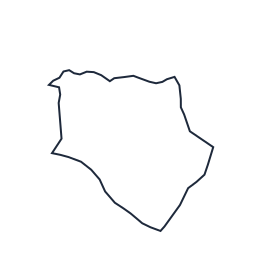 Fitri, Batha, Chad, rotated 126°
{"feature_id": "50815135B60006364885554", "entity_name": "Fitri", "entity_type": "district", "adm_level": 2, "iso_a3": "TCD", "parent_name": "Chad", "parent_adm1": "Batha", "projection": "orthographic", "projection_center": [17.521, 12.811], "detail": "fine", "context": "isolated", "style": "outline", "palette": "slate", "viewbox_px": 256, "rotation_deg": 126, "n_neighbors": 0, "source": "geoboundaries", "source_scale": "gbopen_adm2", "svg_char_len": 745}
<svg xmlns="http://www.w3.org/2000/svg" viewBox="0 0 256 256"><g transform="rotate(126 128 128)"><path d="M93.4,47.8L94.3,76.0L84.1,90.5L80.2,97.4L73.4,102.4L63.3,111.5L59.3,120.4L65.7,125.2L70.5,127.3L75.3,131.6L78.0,137.9L81.5,150.2L82.6,154.3L89.1,161.1L95.8,168.4L100.8,170.2L101.0,180.7L102.9,188.5L106.7,194.5L112.9,198.4L115.4,203.8L115.8,209.6L120.2,213.4L120.4,213.4L127.6,213.0L133.7,216.3L139.6,217.3L135.6,207.7L140.8,202.5L148.5,198.8L175.7,175.5L193.0,174.7L189.5,167.0L186.5,159.1L182.9,146.2L183.4,133.2L186.3,120.7L192.8,109.2L196.2,94.7L195.7,84.4L195.6,75.6L196.7,60.5L195.1,51.5L192.2,41.2L186.3,40.6L159.7,40.7L141.3,44.0L131.3,40.9L120.8,38.7L110.8,41.8L93.4,47.8Z" fill="none" stroke="#1e293b" stroke-width="2"/></g></svg>